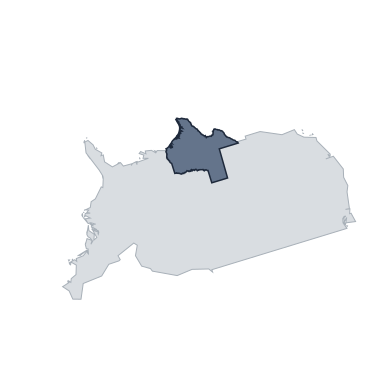 United States of America, with Texas highlighted, rotated 163°
{"feature_id": "USA-3536", "entity_name": "Texas", "entity_type": "State", "adm_level": 1, "iso_a3": "USA", "parent_name": "United States of America", "parent_adm1": "", "projection": "natural_earth1", "projection_center": [-98.169, 31.172], "detail": "fine", "context": "in_parent", "style": "filled", "palette": "slate", "viewbox_px": 384, "rotation_deg": 163, "n_neighbors": 0, "source": "natural_earth", "source_scale": "10m", "svg_char_len": 9525}
<svg xmlns="http://www.w3.org/2000/svg" viewBox="0 0 384 384"><g transform="rotate(163 192 192)"><path d="M302.9,138.1L322.8,136.3L329.5,121.9L337.3,124.4L338.4,133.3L343.4,139.3L336.0,141.4L335.8,143.0L334.3,141.0L332.8,144.5L327.1,146.9L324.0,155.9L327.6,159.7L329.8,159.2L329.1,157.5L329.9,158.3L330.2,160.2L323.9,161.5L322.5,159.4L322.1,162.2L314.7,162.8L309.3,166.4L309.8,164.4L309.1,163.1L308.0,167.9L309.6,168.8L309.4,172.9L306.0,178.1L301.8,174.9L303.9,171.6L301.4,173.9L302.7,177.5L304.5,179.6L305.0,182.0L300.8,190.6L301.9,185.2L297.8,180.1L299.9,174.7L296.3,176.3L298.1,184.3L294.4,181.9L293.2,182.1L294.1,179.6L294.0,178.9L292.9,180.8L293.0,182.5L298.6,185.6L297.5,187.0L294.9,184.2L293.9,183.8L297.2,187.1L298.5,187.8L297.9,189.8L296.1,188.2L298.9,191.2L298.3,191.7L297.0,190.1L293.5,189.4L297.9,192.3L300.5,192.2L303.6,199.6L300.9,193.9L301.9,197.6L296.9,196.8L300.6,200.4L302.3,199.4L300.3,202.7L295.5,201.5L298.5,203.3L296.1,204.9L299.1,206.1L293.8,206.9L291.3,212.2L286.4,213.7L277.3,223.4L276.0,222.3L272.8,231.2L272.6,233.4L274.4,240.2L281.9,260.4L279.9,271.1L276.4,271.7L272.8,266.0L272.0,261.2L266.8,255.7L268.4,253.3L266.0,253.4L266.8,246.4L260.8,239.3L251.8,241.0L250.1,236.9L241.2,236.6L242.3,235.0L240.8,236.6L236.8,237.3L236.6,234.2L236.0,236.4L223.8,237.0L229.0,238.5L227.3,241.4L231.3,244.2L229.3,245.7L224.9,242.0L224.7,244.9L218.6,243.7L215.2,240.0L213.2,241.8L204.4,239.0L199.3,243.0L200.6,241.9L197.8,240.9L196.5,245.8L191.2,249.1L192.4,248.1L188.9,247.6L190.1,249.3L186.0,251.4L184.4,256.9L182.6,256.0L184.2,257.5L184.5,262.6L186.1,265.7L184.9,266.8L175.1,262.9L172.9,255.4L162.5,240.6L157.2,239.8L152.0,245.6L145.7,241.7L143.0,234.9L134.7,226.9L124.9,226.8L124.8,229.9L109.2,229.9L89.2,220.5L75.9,221.7L74.4,216.6L68.9,211.7L57.5,207.9L57.6,204.3L48.8,187.9L49.3,186.2L51.1,188.4L50.1,184.8L54.4,184.5L46.4,184.9L40.6,169.8L42.7,161.7L41.1,152.6L43.7,146.8L46.3,130.1L50.3,130.5L45.9,129.7L47.6,125.2L46.1,125.2L44.2,115.9L53.9,117.5L51.5,122.4L55.0,118.9L54.4,123.0L51.9,124.0L53.6,124.2L55.6,122.5L56.6,118.3L54.5,111.9L195.7,111.9L195.7,109.4L198.5,113.5L214.5,118.0L230.6,116.4L253.0,127.9L254.1,130.9L261.8,135.8L264.7,147.6L259.9,157.1L262.6,160.2L281.4,152.7L280.4,148.3L282.0,147.5L292.7,147.2L302.9,138.1ZM317.1,164.8L320.2,164.3L309.1,167.2L318.2,163.7L317.1,164.8ZM54.9,115.8L55.9,118.5L55.8,118.9L54.2,116.9L54.9,115.8ZM186.0,264.8L184.7,260.3L184.7,257.8L184.9,260.5L186.0,264.8ZM336.9,141.7L336.9,143.1L336.4,142.8L336.9,141.7ZM215.3,241.3L215.6,242.3L214.6,241.5L215.3,241.3ZM61.8,212.0L63.1,211.5L61.8,212.0ZM60.4,211.6L59.8,212.4L59.4,211.7L60.4,211.6ZM326.8,161.7L326.0,162.6L325.8,162.3L326.8,161.7ZM185.5,255.5L184.8,257.5L186.6,253.6L185.5,255.5ZM279.7,253.8L281.1,257.7L279.4,253.4L279.7,253.8ZM68.5,215.4L69.0,216.4L68.4,215.4L68.5,215.4ZM280.5,271.7L279.4,272.9L281.1,270.3L280.5,271.7ZM304.1,202.1L303.0,203.6L303.8,199.9L304.1,202.1ZM53.7,113.7L53.7,114.5L53.2,114.1L53.7,113.7ZM190.2,250.1L188.3,251.0L190.2,249.8L190.2,250.1ZM329.9,162.1L330.0,163.1L329.0,162.8L329.9,162.1ZM68.3,218.4L68.7,219.7L68.1,218.5L68.3,218.4ZM187.8,251.8L187.0,252.3L187.7,251.5L187.8,251.8ZM304.6,183.7L303.4,185.7L304.7,182.9L304.6,183.7ZM198.7,243.9L197.5,244.7L199.3,243.3L198.7,243.9ZM273.1,232.3L272.9,233.9L272.7,232.8L273.1,232.3ZM299.5,206.4L299.1,206.7L300.3,205.5L299.5,206.4ZM255.0,240.7L253.5,241.5L252.9,241.3L255.0,240.7ZM236.2,237.0L235.9,237.3L235.0,237.2L236.2,237.0ZM270.3,261.4L270.6,262.5L270.0,261.1L270.3,261.4ZM232.3,239.3L232.1,240.4L232.0,238.5L232.3,239.3ZM277.1,274.5L276.3,274.6L277.5,274.3L277.1,274.5ZM309.1,173.6L308.6,174.6L309.3,173.1L309.1,173.6ZM302.1,203.9L301.5,204.3L301.4,204.2L302.1,203.9Z" fill="#d9dde1" stroke="#a8b0b8" stroke-width="1"/><path d="M134.5,227.0L133.8,226.4L133.5,225.3L153.3,225.3L153.9,195.0L170.4,195.0L170.4,207.9L171.0,208.0L172.1,209.2L172.5,209.2L172.8,209.0L173.5,209.3L173.7,208.8L173.8,208.7L174.0,209.0L174.4,209.0L174.8,209.6L174.7,210.1L174.8,210.3L175.9,210.4L177.3,210.9L178.1,210.8L178.6,211.3L179.0,211.3L179.4,210.9L180.1,211.0L180.7,210.8L180.8,211.6L181.5,211.9L181.5,212.5L182.2,212.7L183.3,211.9L183.5,212.0L183.6,212.5L184.2,212.6L184.4,213.0L184.8,212.9L185.1,212.6L185.3,212.8L185.6,212.4L185.8,212.7L185.7,213.3L186.0,213.7L186.3,213.6L186.5,213.0L186.4,212.8L186.7,212.8L186.9,212.2L187.1,212.1L187.4,212.2L187.6,212.7L188.2,212.8L188.5,212.8L188.7,212.4L189.0,212.5L189.1,212.9L189.4,213.0L189.5,213.3L190.0,213.3L190.5,213.8L190.6,213.7L190.7,213.4L191.1,213.4L191.5,213.0L192.0,212.9L192.6,212.5L193.0,212.8L193.4,212.8L193.5,212.5L194.3,212.3L194.5,212.1L194.7,212.3L194.7,212.5L195.0,212.7L195.8,212.7L196.3,212.5L196.3,212.2L196.5,212.1L197.6,212.7L197.9,212.8L198.4,213.5L199.1,213.6L199.3,213.9L200.7,214.2L200.9,214.6L201.1,214.6L201.1,214.8L201.4,214.8L201.6,214.6L202.0,214.7L203.0,214.8L203.1,225.3L203.9,226.1L204.3,226.7L204.4,227.3L204.3,228.1L204.9,228.6L204.8,228.9L205.3,229.6L205.2,229.9L205.5,230.2L205.6,230.7L205.9,230.8L205.9,231.4L206.1,231.8L205.8,232.0L206.0,232.5L205.8,232.8L205.8,233.3L205.2,234.8L205.0,235.0L205.1,235.6L204.8,236.3L205.1,237.1L205.1,238.3L204.6,238.9L204.3,238.9L203.9,239.8L203.9,240.4L204.2,240.7L204.3,240.9L204.2,241.0L203.0,241.1L199.9,242.6L199.3,243.1L199.2,243.0L199.6,242.5L200.3,242.1L200.7,242.0L200.8,241.8L200.7,241.9L200.4,241.7L199.2,242.0L199.2,241.9L199.3,241.9L199.6,241.5L199.7,240.9L199.4,240.3L199.0,240.3L198.7,241.1L198.4,241.2L198.3,240.9L197.7,240.5L197.6,240.8L198.1,241.0L197.9,241.2L198.1,241.5L197.8,241.9L198.5,242.3L198.2,242.4L198.3,242.8L198.4,242.6L198.6,242.9L199.0,243.1L198.6,243.1L198.5,243.5L198.3,243.5L197.4,244.4L197.1,244.2L197.2,244.4L197.1,245.3L196.0,246.4L194.7,247.2L194.2,247.4L193.5,247.4L192.7,247.7L192.8,248.1L194.0,247.5L193.4,248.0L192.4,248.3L191.2,249.1L191.6,248.7L192.5,248.2L192.3,248.0L191.2,248.4L191.7,248.1L191.3,248.1L191.4,247.7L191.0,247.8L191.0,247.7L190.5,248.1L190.3,247.7L190.3,247.4L190.1,247.4L190.0,247.2L190.1,247.6L190.1,248.0L190.4,248.1L190.1,248.3L189.7,248.5L190.0,248.3L190.0,248.1L189.8,248.2L189.7,248.0L189.4,248.0L189.2,247.6L188.8,247.4L189.1,248.1L189.1,248.5L189.6,248.7L189.7,248.9L189.4,249.1L189.8,249.0L190.2,249.3L188.8,250.2L188.6,250.1L188.5,249.7L188.3,249.6L188.0,249.1L187.9,249.3L188.2,249.6L187.8,249.6L188.1,250.1L188.0,250.5L187.6,251.3L187.2,251.5L187.4,251.0L187.3,250.9L187.4,250.6L187.1,250.9L187.2,251.1L187.0,251.5L186.8,251.4L186.8,251.0L186.3,251.3L185.9,251.3L186.0,251.5L185.7,251.9L186.0,252.1L186.1,252.3L186.3,251.9L186.7,251.6L186.8,251.7L186.7,252.1L185.9,253.5L185.6,253.5L185.4,253.2L184.9,253.3L185.0,253.2L184.3,253.3L184.0,253.2L184.2,253.5L184.7,253.4L184.8,254.0L185.4,254.4L184.6,256.9L184.1,257.2L183.9,257.2L184.1,257.0L184.1,256.9L184.3,256.8L184.2,256.8L184.2,256.4L183.4,257.1L182.9,256.2L182.6,256.0L183.0,256.8L182.9,257.0L183.2,257.0L182.6,257.1L183.8,257.5L184.5,257.3L184.3,257.9L184.4,258.2L184.1,258.4L184.2,259.0L183.8,259.2L183.9,259.7L184.2,260.0L183.8,259.8L183.8,260.2L184.2,260.5L184.6,262.5L184.5,262.3L184.3,262.5L184.5,262.6L184.4,263.0L184.8,263.4L184.8,263.6L185.0,263.6L184.9,263.9L185.2,264.1L185.2,265.0L185.7,265.3L185.5,265.9L185.6,266.0L185.8,265.8L185.9,265.4L186.1,265.4L186.2,266.1L185.4,266.1L185.2,266.4L184.9,266.5L185.0,266.9L184.9,266.9L184.0,266.5L183.2,265.7L182.6,265.6L182.4,265.4L181.2,265.5L180.9,265.6L180.8,265.4L180.1,265.4L179.6,265.1L179.4,264.8L179.2,264.8L179.2,264.6L178.9,264.4L178.7,264.4L178.7,264.5L178.0,264.1L177.6,264.2L176.8,263.4L176.3,263.4L176.1,263.2L176.0,263.3L175.9,263.2L175.6,263.2L175.1,263.0L175.2,262.6L175.1,262.3L174.8,262.2L174.3,260.3L173.5,259.4L173.5,259.0L173.1,258.7L173.3,257.7L173.2,257.4L172.8,257.0L173.1,256.2L173.0,255.8L172.9,255.7L172.8,255.1L172.4,254.8L172.1,254.8L172.0,254.7L171.8,254.7L171.6,254.2L171.1,253.9L170.8,253.3L170.8,253.0L170.5,252.7L170.2,252.3L169.8,251.4L169.1,251.0L169.0,250.7L168.6,250.5L168.6,250.1L168.2,249.1L168.4,248.9L168.0,248.7L167.9,248.3L167.7,248.1L167.4,247.6L167.2,246.8L167.0,246.7L166.7,246.1L166.4,244.8L165.9,244.4L165.7,243.9L164.6,243.0L164.4,242.5L163.4,242.0L163.3,241.4L162.9,241.6L163.0,241.2L162.6,241.1L162.4,240.3L162.2,240.4L161.6,240.4L161.7,240.2L161.5,240.3L161.1,240.4L160.2,240.1L158.5,240.2L157.3,239.6L157.0,239.8L156.8,240.4L156.2,240.3L156.0,240.5L155.9,240.4L155.2,240.6L154.4,242.6L154.4,243.1L154.1,243.3L154.0,243.8L154.3,244.1L153.5,244.4L153.3,244.8L152.9,245.2L152.8,245.6L151.8,245.6L151.7,245.4L151.3,245.4L150.4,244.6L149.7,244.4L149.2,244.1L149.1,243.7L148.3,243.6L147.6,243.3L146.5,242.0L146.1,242.1L145.5,241.6L145.0,241.1L144.8,240.3L144.2,239.2L144.1,238.5L144.2,237.5L143.3,236.1L143.3,235.5L142.9,234.7L142.6,234.7L142.5,234.3L142.0,234.0L141.4,233.4L141.1,233.4L140.5,233.1L139.5,232.1L139.3,231.6L138.3,230.9L137.3,229.6L135.9,228.9L135.1,227.2L134.8,227.0L134.5,227.0ZM186.1,254.1L186.5,253.4L186.6,253.5L185.9,254.7L185.4,255.8L184.9,257.5L184.7,257.6L184.8,256.8L185.5,254.9L185.5,254.7L185.7,254.8L186.1,254.1ZM185.8,264.0L186.0,265.2L185.5,262.7L184.9,261.0L184.9,260.7L184.7,260.3L184.6,258.3L184.7,257.8L184.8,257.7L184.8,259.6L185.0,260.8L185.8,264.0ZM190.1,249.7L190.1,250.1L188.5,251.1L187.8,251.9L188.0,251.5L188.0,251.1L188.5,250.9L189.6,250.1L190.0,250.1L190.1,249.7ZM198.9,243.2L199.5,243.4L197.4,245.0L197.6,244.7L199.0,243.5L198.9,243.2ZM187.6,251.5L187.8,251.5L187.7,251.9L186.7,253.4L186.7,253.0L187.2,252.4L187.6,251.5ZM190.4,249.6L190.7,249.3L191.2,249.1L190.9,249.3L190.4,249.6Z" fill="#64748b" stroke="#1e293b" stroke-width="1.5"/></g></svg>